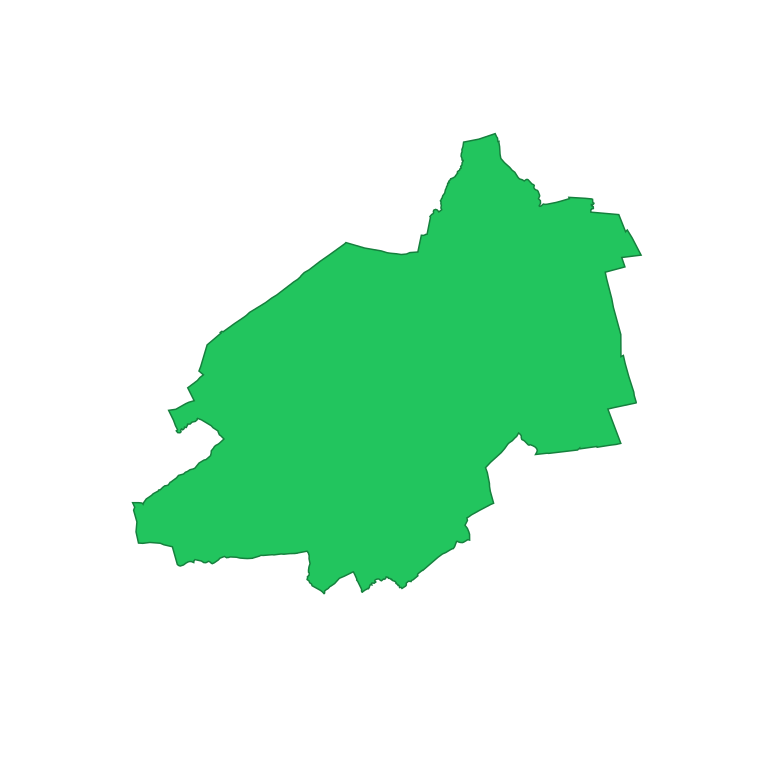 the district of Grumazesti, Neamt, Romania, rotated 69°
{"feature_id": "2599482B9810248780709", "entity_name": "Grumazesti", "entity_type": "district", "adm_level": 2, "iso_a3": "ROU", "parent_name": "Romania", "parent_adm1": "Neamt", "projection": "albers", "projection_center": [26.39, 47.135], "detail": "fine", "context": "isolated", "style": "filled", "palette": "green", "viewbox_px": 768, "rotation_deg": 69, "n_neighbors": 0, "source": "geoboundaries", "source_scale": "gbopen_adm2", "svg_char_len": 6169}
<svg xmlns="http://www.w3.org/2000/svg" viewBox="0 0 768 768"><g transform="rotate(69 384 384)"><path d="M460.1,639.9L478.4,641.6L479.8,640.8L480.9,639.5L481.1,636.1L480.2,632.9L479.9,630.5L480.1,629.0L480.8,627.4L482.5,625.6L481.0,624.8L480.2,623.4L483.8,617.9L486.1,616.3L486.9,614.6L487.0,613.5L486.7,612.3L486.7,611.3L487.9,610.1L489.5,609.4L490.2,608.7L490.1,606.6L488.9,601.7L487.8,599.5L487.8,594.8L489.9,593.0L489.9,591.9L490.2,591.5L490.3,591.0L490.2,589.9L492.8,583.9L494.9,580.8L496.9,576.6L498.0,574.1L499.6,569.1L499.5,568.9L500.0,562.1L499.8,560.4L500.8,558.1L503.3,549.5L504.1,548.0L505.8,541.0L507.0,538.5L508.5,533.0L510.3,527.9L510.9,525.3L510.9,524.6L512.5,515.8L514.5,515.2L517.5,515.4L520.3,516.6L525.1,517.4L528.0,519.7L530.7,521.2L532.7,521.9L533.2,521.5L534.1,521.7L535.5,522.4L536.6,524.6L537.0,524.5L539.0,525.9L540.9,524.6L542.9,524.6L544.6,523.4L546.6,523.4L554.0,517.2L556.0,516.0L558.2,515.1L558.2,514.7L557.9,514.4L555.9,513.5L555.1,510.9L555.2,510.6L554.9,509.3L553.7,507.1L553.7,506.3L552.6,501.6L549.4,495.3L549.2,489.9L548.3,480.1L548.5,479.9L551.2,479.6L556.3,479.3L557.3,479.8L558.7,479.3L567.6,478.5L569.2,479.2L570.4,479.1L570.6,478.8L569.9,477.2L570.0,477.0L569.4,474.7L569.5,474.1L569.1,472.3L569.5,472.2L569.6,471.9L568.6,470.6L566.7,469.2L566.6,468.7L567.2,467.3L566.3,467.4L565.8,467.1L565.5,466.5L566.5,464.4L566.1,463.5L566.1,462.8L565.8,462.6L565.2,463.1L564.5,463.2L564.0,462.9L563.7,461.9L563.6,460.9L563.9,459.3L564.5,458.4L566.1,457.7L566.8,456.8L565.9,454.4L566.4,453.8L566.2,453.2L566.4,452.9L566.3,452.4L564.9,451.1L566.0,449.5L567.0,449.5L567.6,448.2L568.4,447.8L568.7,447.1L569.0,446.9L569.1,447.3L569.5,447.1L571.0,446.0L571.6,445.1L572.6,444.3L573.8,443.9L574.4,444.3L576.4,443.0L577.0,443.1L577.1,442.6L577.8,442.2L579.6,442.4L580.0,440.9L581.3,440.5L580.4,436.2L579.7,435.2L577.9,434.6L576.9,431.9L578.1,429.5L577.7,429.2L577.2,428.1L577.2,426.9L575.2,421.1L574.4,421.2L573.3,420.3L571.6,414.7L571.9,414.5L565.1,395.6L563.6,390.2L563.5,386.8L562.5,381.3L562.3,379.3L562.5,378.3L561.2,376.4L557.1,372.8L557.0,372.4L557.4,371.6L558.0,371.3L559.2,369.7L560.2,367.6L560.2,366.3L559.5,362.3L559.3,362.0L559.3,361.6L560.4,360.0L555.0,358.0L552.6,357.8L548.6,357.9L544.9,359.0L541.3,355.0L538.7,354.6L538.4,352.5L537.5,349.2L536.2,340.1L534.7,327.5L534.6,324.4L522.2,323.2L517.5,322.2L514.6,321.2L503.7,319.3L498.5,319.2L495.3,312.6L490.1,299.2L487.5,294.4L484.6,290.1L483.8,288.3L482.9,284.5L481.2,281.0L480.5,279.0L478.0,275.9L479.5,275.0L481.4,274.4L483.4,275.1L485.2,275.2L487.4,273.3L492.6,271.1L493.1,270.3L493.0,269.3L494.9,267.2L496.9,265.5L498.8,264.7L500.7,264.6L502.3,265.7L504.1,267.8L507.1,256.4L507.8,255.1L515.0,226.8L514.5,226.1L514.4,225.0L513.9,224.1L514.8,224.2L518.6,207.7L519.4,207.7L522.2,194.6L523.6,189.0L524.3,184.2L487.6,184.0L488.5,177.4L492.0,155.4L491.5,155.1L484.4,154.5L481.1,153.7L465.0,152.8L451.3,151.5L443.1,150.3L443.4,153.0L422.7,145.2L394.7,142.4L386.0,140.8L365.7,138.5L358.9,137.4L361.0,117.1L351.1,116.7L355.8,97.8L336.4,100.0L327.4,101.7L328.4,103.9L310.0,104.1L297.7,129.3L295.6,128.6L295.4,127.7L294.7,127.0L295.3,126.1L295.1,125.6L293.5,125.1L292.0,126.4L290.8,126.1L291.5,125.0L290.8,123.4L290.2,123.3L289.6,124.1L286.3,123.1L285.6,123.9L282.9,129.3L276.0,144.5L277.4,144.5L276.7,153.2L276.2,158.1L274.6,167.4L274.0,169.3L273.1,170.8L274.1,173.5L274.0,174.9L273.3,175.3L271.4,173.1L268.9,172.3L266.4,173.4L264.3,171.3L263.4,171.1L259.2,171.1L258.0,171.6L257.5,172.4L256.0,173.5L254.9,173.7L253.9,173.6L252.6,172.6L251.7,172.8L250.2,174.2L244.9,176.3L244.3,177.0L244.1,177.9L244.7,180.3L242.8,181.8L241.1,184.0L239.3,184.8L233.2,186.0L230.3,187.8L226.8,189.0L220.6,192.2L215.3,194.1L211.0,193.3L203.8,191.0L199.7,190.2L198.7,189.7L198.5,190.8L195.1,189.9L193.5,190.3L190.1,190.5L189.4,207.7L186.7,223.0L190.8,225.3L193.0,227.2L195.3,228.0L196.4,229.1L198.9,230.4L201.0,230.3L202.9,230.9L203.3,230.6L203.5,230.0L204.0,230.0L205.4,231.8L207.3,232.6L208.4,234.5L210.0,234.6L210.4,236.0L211.5,236.9L211.7,238.2L212.2,239.4L212.8,239.7L213.7,239.8L213.7,240.3L214.6,241.4L215.0,242.5L215.8,243.0L216.4,245.8L216.2,246.6L216.6,247.2L216.3,248.2L217.2,249.1L217.5,250.1L218.1,250.9L218.4,251.2L219.3,251.2L219.4,252.6L221.4,253.6L222.0,254.7L223.5,255.7L224.6,257.0L227.5,258.9L229.3,261.7L231.3,263.2L231.5,263.8L232.4,264.5L233.2,265.7L234.4,265.5L236.1,266.3L237.7,266.4L240.1,267.8L241.1,267.6L242.0,267.7L243.0,271.1L240.7,271.9L239.5,273.2L239.5,275.1L240.4,276.0L241.9,276.3L242.6,277.2L242.8,278.6L244.1,281.1L245.2,281.0L259.6,290.1L259.3,291.4L259.5,292.7L259.4,294.0L258.5,295.8L272.9,305.1L270.6,312.7L270.7,316.5L269.3,321.5L266.9,325.7L264.4,330.8L262.6,334.0L258.9,338.7L250.1,353.4L238.3,368.9L239.0,370.3L244.0,389.2L246.6,399.8L250.6,413.2L251.4,418.5L253.1,422.4L254.0,423.7L255.4,427.2L256.3,431.5L262.5,452.4L263.5,458.0L265.6,465.5L269.0,483.9L270.6,487.8L271.3,490.2L274.0,501.9L277.6,515.5L276.7,516.5L277.2,518.4L278.1,518.0L284.1,535.1L301.8,548.7L305.6,552.1L310.7,549.3L312.0,553.5L313.9,557.0L317.2,568.6L331.6,567.2L331.1,572.6L331.3,576.0L333.0,587.4L331.4,594.5L342.4,593.5L348.2,593.6L352.5,593.1L353.1,593.7L353.3,594.7L355.5,594.0L356.4,592.0L356.3,591.2L355.6,590.5L354.4,590.4L353.6,589.6L353.4,588.9L354.6,588.4L354.4,587.3L353.8,586.4L352.8,585.7L353.4,584.9L353.7,584.1L352.8,583.3L352.3,582.4L351.1,581.8L351.9,579.3L350.8,576.8L351.3,573.5L350.4,571.2L349.6,571.0L349.3,570.3L352.0,567.3L361.1,560.2L363.5,559.3L367.8,556.2L368.4,555.8L369.1,556.0L372.4,555.9L373.7,555.0L378.0,553.1L380.2,558.6L380.7,560.2L381.1,563.4L382.0,565.3L382.6,565.9L384.5,569.2L386.6,570.1L388.8,571.7L390.8,577.3L390.5,579.3L391.5,585.0L394.8,590.7L394.9,592.8L394.5,595.8L395.2,599.0L395.2,601.0L396.2,603.4L395.7,608.6L397.3,611.4L398.6,616.3L399.1,617.6L399.1,618.8L401.0,621.6L400.9,623.6L400.5,625.1L401.1,627.3L402.6,630.8L402.2,632.1L402.3,632.5L403.0,632.9L403.7,638.7L404.7,641.0L406.1,647.1L408.5,650.7L409.9,652.0L408.9,652.2L408.2,653.0L406.8,655.7L404.7,661.2L409.7,660.9L412.1,663.0L424.2,664.1L433.2,668.5L444.5,670.2L446.3,666.3L448.0,659.4L452.5,649.9L455.2,647.1L460.1,639.9Z" fill="#22c55e" stroke="#15803d" stroke-width="1.5"/></g></svg>